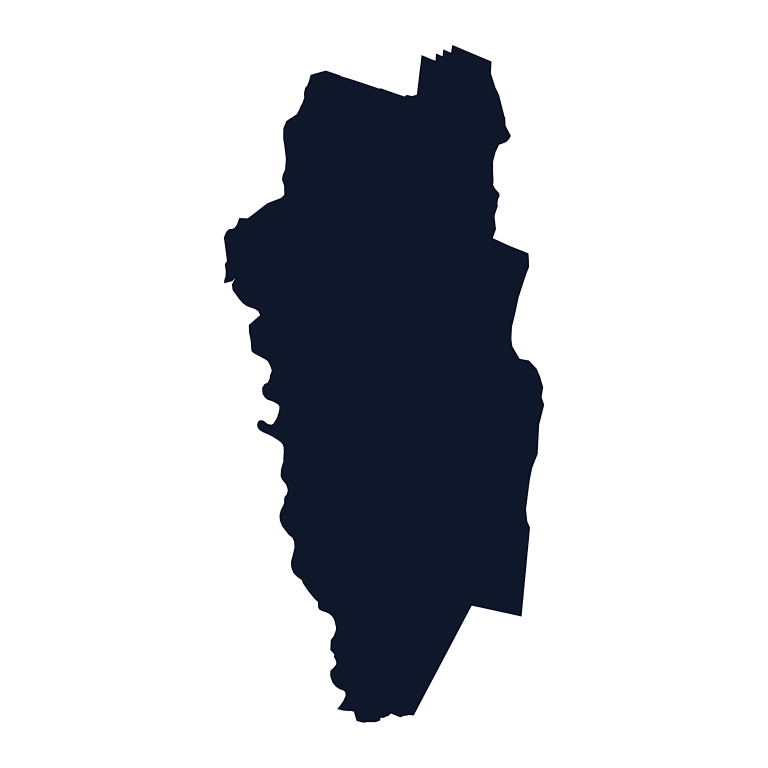 outline of Atoyatempan, Puebla, Mexico
{"feature_id": "50627088B54024314653329", "entity_name": "Atoyatempan", "entity_type": "district", "adm_level": 2, "iso_a3": "MEX", "parent_name": "Mexico", "parent_adm1": "Puebla", "projection": "mercator", "projection_center": [-97.911, 18.804], "detail": "fine", "context": "isolated", "style": "filled", "palette": "ink", "viewbox_px": 768, "rotation_deg": 0, "n_neighbors": 0, "source": "geoboundaries", "source_scale": "gbopen_adm2", "svg_char_len": 5132}
<svg xmlns="http://www.w3.org/2000/svg" viewBox="0 0 768 768"><path d="M413.3,714.6L429.6,683.6L432.4,678.3L434.2,675.0L436.5,670.6L439.5,664.9L442.2,659.9L443.6,657.2L445.4,653.8L447.3,650.2L448.4,648.1L449.4,646.2L450.4,644.3L453.3,638.9L453.8,637.9L455.6,634.4L458.4,629.1L458.9,628.2L462.2,621.9L467.2,612.5L471.3,604.7L484.1,607.5L496.1,610.1L504.0,611.9L504.8,612.0L508.0,612.7L512.1,613.6L517.5,614.8L520.9,615.6L521.6,608.0L522.2,601.3L522.3,600.5L522.6,597.8L522.8,595.9L523.2,590.7L523.7,586.5L523.9,583.4L524.2,580.9L524.4,578.5L524.8,574.8L525.5,567.4L526.2,559.3L526.5,556.3L527.9,542.0L528.0,541.1L529.2,527.6L526.6,522.0L525.8,514.7L525.2,509.3L525.7,505.6L526.0,503.5L526.6,498.6L527.5,491.6L529.1,479.2L531.6,467.2L531.9,466.5L535.2,458.1L535.7,456.9L536.8,454.1L536.9,453.1L537.2,448.0L537.5,442.0L537.9,434.0L538.1,430.0L538.4,424.2L539.2,421.4L540.3,417.1L542.4,408.8L543.4,404.9L541.6,399.6L541.0,397.7L540.8,397.2L542.4,387.5L539.4,377.0L535.9,369.0L535.5,368.6L533.1,366.1L529.0,361.7L528.5,361.2L522.3,360.1L519.2,359.5L518.1,357.8L512.4,348.0L511.6,346.6L511.2,343.7L510.8,340.5L510.6,338.8L511.2,326.6L511.8,324.2L514.4,313.7L514.9,311.2L515.5,308.6L517.7,297.9L517.8,297.5L519.5,292.2L523.0,281.4L525.9,272.8L526.4,271.5L528.3,266.9L528.1,259.6L527.7,253.9L527.4,253.8L515.8,249.2L508.3,246.2L505.7,245.0L491.8,238.6L493.9,232.7L495.2,229.1L494.3,221.3L493.8,216.8L494.2,214.2L494.3,213.8L497.0,206.1L496.7,204.4L496.6,203.3L497.2,199.5L498.8,195.5L498.6,194.4L498.4,193.5L494.4,189.1L492.7,185.8L492.3,185.2L492.7,181.9L492.7,180.3L492.3,172.0L492.3,171.3L492.3,161.5L492.4,161.1L494.7,152.4L494.8,152.0L498.7,143.5L499.7,143.8L504.7,141.8L506.3,141.0L508.7,138.2L510.0,135.9L504.8,126.0L504.5,119.1L504.5,117.8L503.9,117.2L502.8,112.8L499.4,99.5L498.7,96.7L498.3,95.2L494.6,87.5L490.1,73.2L490.2,72.2L490.7,62.0L479.0,57.1L473.3,54.7L472.6,54.4L467.3,52.2L466.6,51.9L459.4,48.8L458.2,48.3L452.9,46.1L451.7,53.6L451.6,53.9L443.9,50.5L443.3,57.5L436.7,54.6L436.3,61.9L429.7,59.4L422.2,56.2L421.4,63.7L420.3,71.9L418.9,84.4L418.3,88.7L417.8,93.4L417.7,95.2L412.0,96.9L408.2,96.0L406.6,95.8L405.0,97.5L394.3,93.9L380.7,89.1L380.3,89.6L380.3,89.8L355.3,81.4L339.4,76.5L339.5,76.0L338.0,75.7L337.1,75.2L325.8,71.4L311.2,75.5L309.8,81.1L308.5,84.2L307.6,86.5L306.0,88.0L305.0,91.9L305.0,92.2L304.7,93.7L305.1,97.5L304.1,100.4L303.9,101.0L303.3,103.0L301.5,106.2L300.9,107.5L300.0,109.7L297.4,114.7L295.5,116.0L287.0,121.5L285.3,125.6L284.1,128.6L284.0,136.7L284.0,139.0L285.1,145.7L285.5,149.1L286.7,159.0L285.8,169.9L283.4,175.3L282.8,179.6L284.7,185.0L284.9,185.6L285.0,192.1L285.0,195.2L281.5,198.6L268.0,203.8L260.3,209.6L255.6,213.4L247.8,219.2L239.8,218.8L237.8,224.6L236.7,226.3L235.3,228.2L232.5,229.8L229.8,229.7L227.1,231.9L224.6,237.7L225.5,243.8L227.8,261.5L225.6,264.2L226.6,271.8L226.3,276.7L225.1,280.1L224.9,282.3L231.9,280.4L235.2,276.9L236.3,278.0L232.7,284.5L233.3,289.7L239.8,298.7L243.4,302.7L246.8,305.3L255.0,308.2L255.9,308.7L258.7,310.5L261.2,315.4L255.7,320.0L253.5,322.0L251.5,323.7L249.6,325.2L249.8,332.4L251.2,339.0L251.8,344.5L252.0,348.8L252.2,350.3L253.1,351.7L255.8,353.5L261.0,356.2L265.3,358.5L268.3,360.5L270.7,365.1L272.5,370.0L272.1,372.5L270.7,375.6L270.4,378.8L269.6,380.6L268.2,383.3L265.1,384.6L264.4,385.8L262.9,388.0L263.1,391.8L263.4,393.8L265.3,396.8L267.8,399.0L269.8,399.6L273.6,401.0L278.5,403.7L280.2,406.2L280.1,409.0L279.3,413.3L278.5,415.3L277.6,418.3L275.7,421.3L273.8,424.4L271.8,425.5L269.9,425.3L267.6,424.8L265.3,423.1L263.7,421.7L261.8,421.0L260.1,421.0L259.3,421.7L258.6,422.4L257.9,424.5L258.2,426.7L259.3,428.6L260.6,429.9L264.1,431.9L268.5,433.7L273.1,436.1L277.7,439.0L281.0,441.3L283.0,443.4L284.4,446.9L284.5,449.9L284.5,453.3L284.1,457.9L284.1,461.8L283.0,465.0L281.7,470.2L281.4,475.9L282.5,478.8L284.1,480.9L286.4,483.6L287.3,485.7L288.1,487.9L288.5,490.2L288.4,491.6L287.9,493.3L287.1,495.1L286.4,496.0L285.3,497.4L284.9,500.0L284.9,503.3L284.0,505.5L281.5,510.4L280.3,515.3L280.6,520.2L282.5,525.3L285.0,528.8L289.4,534.4L292.9,537.1L294.8,541.0L295.3,547.7L293.5,555.2L291.9,561.0L291.8,565.9L292.6,569.0L294.3,572.9L297.6,576.2L301.6,579.0L303.1,580.7L303.3,582.4L304.2,583.8L308.5,590.2L312.1,594.7L315.1,598.3L317.1,600.2L318.6,601.2L318.8,603.9L318.9,607.0L319.8,608.9L322.0,610.1L325.2,611.2L328.8,612.6L331.7,614.8L333.7,617.2L335.2,620.5L336.8,627.4L336.7,630.1L335.7,632.8L334.6,636.0L333.2,638.1L331.5,640.3L331.3,645.6L331.1,649.7L333.7,652.4L335.3,654.8L334.6,656.6L335.4,658.0L336.2,659.5L337.2,662.4L336.8,665.0L335.3,666.9L333.6,668.8L331.2,670.9L330.9,675.2L331.5,677.7L333.4,682.5L336.6,686.3L340.5,688.7L343.8,689.8L345.6,691.2L346.2,692.9L346.4,695.8L345.8,697.3L343.9,701.4L340.7,706.0L338.6,708.7L344.1,709.9L346.3,710.0L349.1,710.3L351.0,709.9L352.7,710.8L354.3,710.3L357.2,720.3L359.0,720.8L360.0,721.0L361.3,721.4L364.4,721.9L366.3,721.4L375.2,721.4L375.7,721.3L379.5,719.9L379.4,718.5L380.5,716.9L382.0,717.0L383.2,717.2L384.6,716.5L387.0,715.3L388.3,715.1L389.1,714.2L390.5,712.5L400.3,716.5L403.9,715.0L406.8,714.9L407.8,714.3L409.5,714.3L413.3,714.6Z" fill="#0f172a" stroke="#020617" stroke-width="1.5"/></svg>